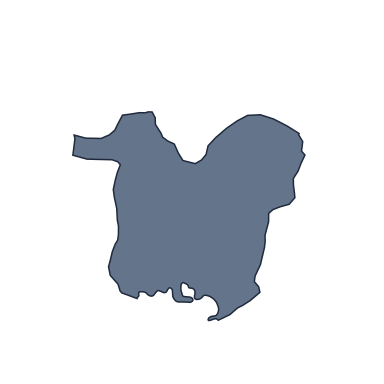 outline of Wiwon, Chagang-do, North Korea, rotated 229°
{"feature_id": "82179303B10108678790042", "entity_name": "Wiwon", "entity_type": "district", "adm_level": 2, "iso_a3": "PRK", "parent_name": "North Korea", "parent_adm1": "Chagang-do", "projection": "mercator", "projection_center": [126.021, 40.774], "detail": "fine", "context": "isolated", "style": "filled", "palette": "slate", "viewbox_px": 384, "rotation_deg": 229, "n_neighbors": 0, "source": "geoboundaries", "source_scale": "gbopen_adm2", "svg_char_len": 5799}
<svg xmlns="http://www.w3.org/2000/svg" viewBox="0 0 384 384"><g transform="rotate(229 192 192)"><path d="M111.5,218.8L119.2,230.2L125.6,235.9L125.6,241.6L123.0,248.8L119.0,257.3L120.2,265.9L124.1,268.7L130.5,273.0L135.7,277.3L138.2,285.8L142.0,292.9L145.8,301.5L151.0,301.5L157.4,308.6L165.2,310.0L165.9,311.2L179.4,307.1L193.7,301.4L205.4,294.3L213.3,284.3L216.0,272.9L217.4,260.1L217.5,245.8L216.3,234.4L211.1,227.3L209.9,220.1L211.3,213.0L221.7,205.8L230.7,207.3L239.8,210.1L246.3,207.2L252.7,205.8L256.6,207.2L267.0,208.7L272.1,212.9L278.6,214.4L281.2,211.5L282.5,208.6L286.4,204.3L291.7,195.8L295.6,190.0L291.8,180.1L289.3,174.3L289.3,167.2L292.0,158.6L302.4,147.1L312.3,140.4L309.0,138.6L297.9,126.2L285.7,134.3L268.7,152.9L263.5,155.8L259.6,155.8L255.8,148.6L252.0,142.9L245.6,134.3L239.1,130.0L228.8,124.3L219.8,117.2L214.7,114.3L208.2,108.6L204.4,104.3L203.1,100.0L199.3,92.8L194.2,85.7L190.3,79.9L182.6,75.6L171.0,75.7L164.5,72.8L161.9,72.8L156.7,75.7L147.7,80.6L147.8,80.7L147.9,80.9L148.1,81.7L148.2,82.1L148.4,83.4L148.5,83.6L148.6,83.8L148.9,84.1L149.1,84.3L149.6,84.6L150.6,85.3L150.7,85.5L150.9,85.6L151.0,85.9L151.1,86.1L151.1,86.3L151.1,86.5L151.1,86.8L151.1,87.0L150.9,87.1L150.6,87.5L149.8,88.5L148.9,89.5L148.4,89.9L148.2,90.0L147.9,90.3L147.3,90.7L147.1,90.8L146.8,91.0L146.5,91.0L146.2,91.1L145.5,91.2L144.6,91.2L143.5,91.3L143.1,91.4L142.2,91.7L141.9,91.8L141.5,92.0L141.3,92.1L140.9,92.4L140.6,92.5L140.2,92.9L140.0,93.1L139.9,93.3L139.6,93.6L139.6,93.8L139.5,94.0L139.4,94.4L139.3,95.2L139.3,95.9L139.4,96.2L139.6,97.2L139.8,97.7L139.8,98.0L139.9,98.3L139.9,98.6L140.0,98.9L140.0,99.1L140.1,99.5L140.1,99.8L140.1,100.1L140.2,100.4L140.1,100.7L140.1,101.1L140.0,101.3L139.8,101.6L139.7,101.8L139.6,102.0L139.2,102.3L138.8,102.6L138.3,102.8L138.0,103.0L137.6,103.2L137.2,103.4L137.0,103.5L136.7,103.6L135.9,103.9L135.4,104.2L135.3,104.3L135.1,104.4L134.7,104.7L134.5,104.8L134.3,105.0L134.0,105.3L133.8,105.6L133.6,105.9L133.5,106.2L133.5,106.4L133.4,106.8L133.4,107.1L133.5,107.3L133.6,107.6L133.7,108.1L134.0,109.0L134.3,109.6L134.5,110.6L134.6,111.1L134.6,111.3L134.6,111.6L134.6,111.8L134.5,112.0L134.3,112.2L134.2,112.4L134.1,112.5L133.7,112.8L133.4,112.9L133.0,113.0L132.5,113.0L132.3,113.0L132.0,113.1L131.8,113.0L131.6,113.1L131.3,113.0L131.0,112.9L130.0,112.2L129.7,112.0L129.5,111.8L129.2,111.6L128.4,111.0L127.8,110.5L127.4,110.3L127.2,110.1L126.7,109.6L126.3,109.4L126.1,109.2L125.6,108.9L125.0,108.7L124.3,108.5L124.0,108.4L123.0,108.3L122.1,108.2L121.2,108.2L120.9,108.2L120.6,108.3L120.4,108.3L119.9,108.5L119.6,108.6L118.9,108.9L118.7,109.1L118.2,109.4L118.0,109.5L117.6,110.0L117.0,110.6L116.8,110.9L116.0,111.7L115.8,112.1L115.3,112.6L114.9,113.1L114.6,113.3L114.4,113.6L114.1,113.9L113.8,114.2L113.3,114.8L112.7,115.4L112.4,115.8L112.2,116.0L111.7,116.5L111.2,117.0L110.6,117.5L110.4,117.7L110.2,117.9L110.1,118.1L109.7,118.6L109.6,119.0L109.5,119.6L109.4,120.2L109.4,120.6L109.4,121.0L109.5,121.2L109.7,121.5L109.9,121.9L110.1,122.0L110.4,122.2L110.7,122.3L111.2,122.4L111.5,122.4L112.2,122.4L112.8,122.2L113.8,121.6L114.3,121.3L114.9,120.7L115.6,120.0L115.8,119.8L116.2,119.4L116.6,119.0L117.2,118.5L117.6,118.1L118.0,117.7L118.7,117.2L119.3,116.9L119.6,116.8L119.8,116.9L120.3,117.0L121.5,117.6L121.8,117.7L122.5,118.0L123.0,118.3L123.8,118.6L124.5,118.9L125.0,119.2L125.6,119.6L125.9,119.8L126.2,120.0L126.5,120.3L126.9,120.7L127.3,121.1L127.8,121.4L128.0,121.6L128.1,121.8L128.5,122.2L129.0,122.7L129.2,123.0L129.3,123.3L129.5,123.7L129.6,124.0L129.7,124.5L129.7,124.8L129.7,125.0L129.5,125.5L129.5,125.8L129.4,126.0L129.2,126.1L128.9,126.3L128.4,126.5L127.5,126.8L126.5,127.3L125.9,127.5L125.1,127.7L124.8,127.7L124.5,127.7L124.3,127.7L123.4,127.4L122.9,127.2L122.7,127.1L122.2,126.9L121.8,126.9L121.6,126.9L121.5,127.0L120.5,127.8L120.3,128.0L120.0,128.2L119.8,128.6L119.6,128.7L119.4,128.9L119.2,129.0L118.7,129.2L118.4,129.3L118.0,129.4L117.8,129.4L117.3,129.5L117.0,129.5L116.8,129.5L116.5,129.5L116.3,129.5L116.0,129.4L115.8,129.4L115.3,129.1L115.2,129.0L114.8,128.8L114.5,128.6L113.8,127.9L113.5,127.7L113.1,127.2L112.7,126.7L112.3,126.1L112.1,125.9L111.9,125.8L111.6,125.4L111.4,125.2L111.2,125.0L110.6,124.5L110.3,124.4L110.0,124.3L109.1,124.3L108.8,124.4L108.7,124.5L108.3,124.6L107.9,125.0L107.4,125.5L106.7,126.6L106.3,127.4L106.2,127.8L106.0,128.4L105.9,129.5L105.9,129.8L105.9,130.6L106.0,131.1L106.1,131.4L106.2,131.7L106.2,132.0L106.2,132.3L106.1,132.7L106.0,133.1L105.9,133.4L105.5,134.2L105.1,134.6L104.9,134.8L104.6,135.0L104.4,135.2L104.1,135.4L103.8,135.6L103.1,136.0L102.6,136.4L102.0,136.7L101.7,136.8L101.4,137.0L101.1,137.1L100.3,137.3L99.9,137.4L99.4,137.6L98.8,137.8L97.6,138.0L97.0,138.1L96.7,138.2L96.0,138.2L94.8,138.2L94.4,138.1L94.1,138.2L93.8,138.1L93.5,138.1L93.2,138.1L92.9,138.1L92.3,137.9L92.1,137.9L91.4,137.7L90.4,137.3L89.9,137.1L89.7,137.1L88.9,136.8L88.3,136.5L88.1,136.4L87.8,136.3L87.5,136.2L87.4,136.1L87.2,136.0L87.0,135.8L86.5,135.5L86.4,135.4L86.2,135.3L85.8,134.9L85.3,134.4L85.1,134.2L84.9,133.9L84.5,133.5L84.3,133.1L84.2,132.9L84.0,132.6L83.9,132.4L83.8,132.2L83.6,131.7L83.4,131.2L83.3,130.9L83.2,130.6L83.2,130.4L83.1,130.1L83.0,129.4L83.1,129.1L83.2,128.8L83.3,128.4L83.6,127.8L83.8,127.5L84.1,127.0L84.2,126.7L84.4,126.5L84.6,126.3L84.8,126.0L85.2,125.4L85.3,125.0L85.5,124.7L85.6,124.3L85.8,123.7L85.8,123.4L85.9,123.0L85.9,122.8L85.9,122.1L85.8,121.7L85.6,121.2L85.2,120.5L84.9,120.3L84.7,120.2L84.2,120.2L83.6,120.8L83.3,121.3L83.1,121.7L82.8,122.5L82.6,123.0L82.4,123.4L82.3,123.8L81.8,125.2L81.6,125.5L81.4,125.9L80.9,126.5L80.4,127.1L80.1,127.3L79.4,127.5L79.0,127.6L78.4,127.6L78.0,127.6L74.6,140.2L74.6,150.2L73.2,155.9L71.9,164.5L71.7,177.4L76.9,180.2L83.4,180.2L87.2,184.5L92.3,196.0L102.5,210.2L106.4,214.5L111.5,218.8Z" fill="#64748b" stroke="#1e293b" stroke-width="1.5"/></g></svg>